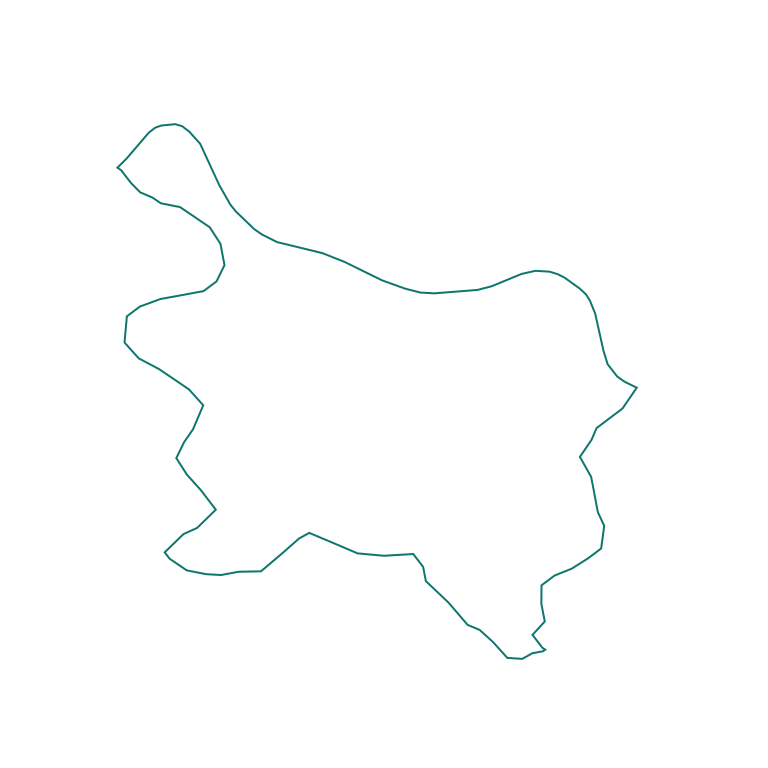 Phangyo, Kangwŏn-do, North Korea (Robinson projection), rotated 79°
{"feature_id": "82179303B47367102754155", "entity_name": "Phangyo", "entity_type": "district", "adm_level": 2, "iso_a3": "PRK", "parent_name": "North Korea", "parent_adm1": "Kangwŏn-do", "projection": "robinson", "projection_center": [126.949, 38.743], "detail": "fine", "context": "isolated", "style": "outline", "palette": "teal", "viewbox_px": 768, "rotation_deg": 79, "n_neighbors": 0, "source": "geoboundaries", "source_scale": "gbopen_adm2", "svg_char_len": 1562}
<svg xmlns="http://www.w3.org/2000/svg" viewBox="0 0 768 768"><g transform="rotate(79 384 384)"><path d="M507.4,631.4L514.7,627.7L529.3,613.2L536.7,595.0L540.4,580.5L540.6,562.3L544.4,540.5L530.1,515.0L519.4,496.8L515.9,485.8L530.5,464.0L545.2,442.3L552.6,416.8L556.5,387.7L571.0,380.5L585.5,380.5L610.9,362.4L636.4,347.9L643.7,337.0L658.3,326.1L676.4,315.2L680.2,300.7L676.6,289.8L676.7,278.9L675.5,276.4L673.1,278.9L658.6,286.1L647.8,271.5L629.8,271.5L611.7,267.8L604.6,253.2L601.1,235.0L594.0,216.8L586.9,202.2L565.3,194.9L550.8,198.5L536.3,198.5L529.1,198.4L514.6,198.4L492.9,205.6L478.5,191.0L467.8,183.7L460.7,169.2L453.6,154.6L446.4,147.3L439.2,140.0L435.9,136.6L427.6,147.5L421.2,153.6L407.3,160.7L393.4,162.2L354.9,163.3L341.3,166.0L334.6,168.6L327.5,173.8L313.9,186.6L309.3,192.6L305.3,200.1L301.8,213.7L302.2,227.9L308.6,259.8L309.5,274.1L307.6,291.0L304.6,317.3L301.2,330.8L294.4,345.1L282.1,365.8L256.8,399.2L243.8,419.5L224.3,461.9L214.1,475.1L207.3,481.8L186.4,496.5L178.6,500.6L157.6,507.7L113.2,518.6L99.3,526.9L92.5,532.9L89.1,539.3L88.8,543.0L87.8,553.2L88.7,559.6L92.5,567.1L113.4,593.4L120.8,604.4L123.9,601.3L138.4,594.0L149.3,586.8L156.7,575.9L164.0,568.6L171.4,550.5L178.7,543.2L197.0,525.1L215.2,517.8L236.9,517.9L251.3,528.8L258.4,543.4L258.3,550.7L258.2,565.2L257.9,587.1L261.4,608.9L268.5,623.5L293.8,630.8L312.0,619.9L326.6,601.8L341.2,587.3L352.2,576.4L370.4,565.5L392.0,580.1L402.7,591.1L417.1,602.0L435.3,594.8L453.5,583.9L475.3,573.1L489.6,594.9L493.1,609.5L507.4,631.4Z" fill="none" stroke="#0f766e" stroke-width="2"/></g></svg>